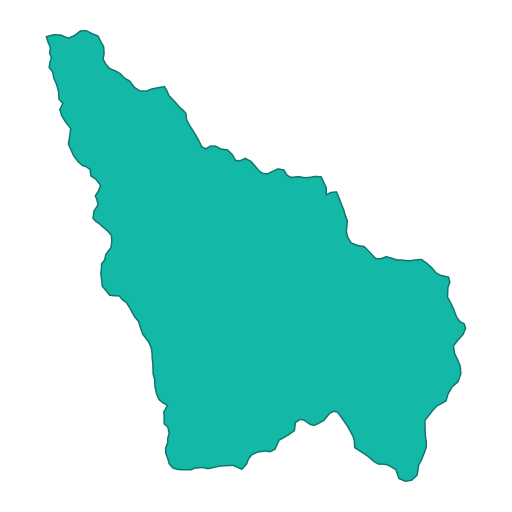 outline of Jaupaci, Goiás, Brazil
{"feature_id": "56859067B98369159462122", "entity_name": "Jaupaci", "entity_type": "district", "adm_level": 2, "iso_a3": "BRA", "parent_name": "Brazil", "parent_adm1": "Goiás", "projection": "natural_earth1", "projection_center": [-51.067, -16.171], "detail": "fine", "context": "isolated", "style": "filled", "palette": "teal", "viewbox_px": 512, "rotation_deg": 0, "n_neighbors": 0, "source": "geoboundaries", "source_scale": "gbopen_adm2", "svg_char_len": 3147}
<svg xmlns="http://www.w3.org/2000/svg" viewBox="0 0 512 512"><path d="M172.9,468.0L178.1,469.5L183.5,469.8L190.8,469.8L195.1,468.0L202.6,467.5L208.0,468.7L213.4,467.5L220.0,466.0L226.2,465.7L233.1,465.3L241.8,469.3L246.6,464.0L248.4,459.1L251.8,454.7L257.7,452.0L265.0,451.0L270.2,451.7L274.9,449.3L279.1,440.2L287.9,435.2L294.4,430.6L295.4,422.6L300.1,419.4L304.2,420.1L310.0,424.3L314.0,425.4L318.1,423.6L323.8,420.4L329.6,413.3L333.7,411.3L337.4,412.0L342.0,418.2L346.6,424.8L349.6,429.8L353.3,436.9L354.4,441.1L354.7,447.6L359.8,450.9L364.5,453.9L368.4,456.7L374.5,461.9L378.7,464.1L383.1,464.1L387.3,464.8L391.5,467.0L395.9,469.7L399.0,478.6L405.6,481.3L411.8,480.1L417.1,475.1L418.6,465.2L421.5,459.7L424.9,451.4L426.3,446.8L426.3,441.6L425.5,436.7L425.1,430.5L424.9,420.4L432.4,410.8L436.8,405.9L440.8,403.9L446.0,400.9L448.2,393.5L452.1,386.9L458.0,381.7L460.8,373.8L460.3,366.4L457.6,359.6L454.6,353.6L453.4,345.9L457.8,340.3L463.1,334.3L465.6,328.3L464.1,323.8L460.1,321.7L456.6,317.1L453.6,309.0L450.7,303.1L447.5,297.0L447.7,292.3L447.9,287.5L449.8,282.1L448.6,277.2L440.2,275.2L436.0,272.8L432.0,268.0L426.8,263.3L421.5,259.5L417.5,259.7L409.1,260.9L401.2,260.0L396.5,259.9L392.1,258.3L386.2,256.7L380.4,258.9L375.8,258.6L372.2,255.0L369.3,251.8L364.2,246.6L358.0,245.6L351.1,242.9L347.7,237.3L346.4,231.8L346.8,226.2L347.3,220.7L345.0,214.6L343.7,209.8L341.4,204.2L338.5,196.6L336.4,191.9L331.2,192.4L326.3,194.7L326.2,187.5L323.0,180.7L321.0,176.8L315.1,176.4L310.3,177.4L304.3,177.7L298.6,176.6L291.3,177.4L287.1,175.4L283.9,170.0L277.9,168.9L267.3,173.9L262.6,173.4L259.0,170.8L251.2,161.6L245.3,158.4L239.8,160.9L235.5,160.4L232.3,154.6L227.3,149.8L221.2,149.2L215.5,146.1L210.3,146.1L205.9,148.8L201.9,147.0L199.0,141.1L196.0,135.5L190.3,126.6L186.5,119.7L186.1,113.7L183.2,110.3L179.4,107.2L175.9,102.9L169.0,95.7L166.7,90.4L164.4,86.6L158.1,87.7L151.3,89.1L146.5,91.1L140.2,91.1L134.4,87.4L129.5,81.0L124.5,78.1L120.1,73.6L116.2,71.3L109.6,68.5L106.0,64.5L103.1,59.1L104.1,53.4L103.6,46.5L100.7,41.6L98.1,36.1L91.9,33.6L86.2,30.7L80.4,30.9L75.2,35.1L68.5,38.3L60.9,35.1L53.8,34.7L46.4,36.7L48.1,42.3L50.4,47.4L49.6,53.4L51.5,57.8L49.8,62.7L49.2,67.7L52.6,71.9L53.9,78.3L56.7,84.7L58.6,91.8L59.0,99.2L62.9,103.4L59.8,109.4L61.7,115.7L65.7,122.2L70.7,128.5L69.7,136.2L68.4,144.1L71.2,150.3L73.7,155.9L78.2,161.8L82.6,165.6L86.3,166.7L90.3,169.7L90.7,175.8L96.0,179.3L100.6,185.5L98.3,191.2L95.3,195.8L97.0,200.0L98.0,204.9L94.0,211.1L93.0,218.3L95.9,221.5L99.7,224.0L102.8,226.9L107.5,230.8L111.4,235.3L111.8,241.2L111.1,247.3L105.8,254.5L104.7,259.9L101.5,263.9L101.5,268.6L100.8,273.7L101.6,279.4L102.3,286.3L106.6,291.3L109.6,295.2L114.0,295.7L119.3,295.9L122.6,299.9L126.2,302.3L130.0,308.2L132.7,313.5L135.1,317.4L138.5,321.4L140.9,328.9L142.7,334.1L145.5,337.8L149.0,342.5L151.3,348.2L152.1,353.6L152.2,358.3L152.8,363.4L153.0,369.4L153.2,374.3L154.7,379.5L154.9,386.2L156.6,394.0L159.1,399.6L162.7,402.7L167.5,405.4L163.8,412.0L164.2,417.2L164.2,423.8L167.7,426.8L169.2,433.0L167.8,438.2L167.7,442.9L165.6,448.0L165.8,453.4L167.9,458.8L169.2,463.8L172.9,468.0Z" fill="#14b8a6" stroke="#0f766e" stroke-width="1.5"/></svg>